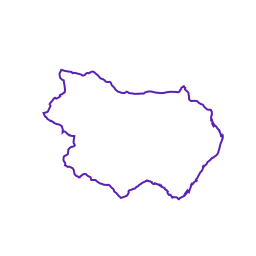 Sieu, Maramures, Romania (orthographic projection), rotated 44°
{"feature_id": "2599482B22819283509287", "entity_name": "Sieu", "entity_type": "district", "adm_level": 2, "iso_a3": "ROU", "parent_name": "Romania", "parent_adm1": "Maramures", "projection": "orthographic", "projection_center": [24.196, 47.709], "detail": "fine", "context": "isolated", "style": "outline", "palette": "violet", "viewbox_px": 256, "rotation_deg": 44, "n_neighbors": 0, "source": "geoboundaries", "source_scale": "gbopen_adm2", "svg_char_len": 5773}
<svg xmlns="http://www.w3.org/2000/svg" viewBox="0 0 256 256"><g transform="rotate(44 128 128)"><path d="M108.6,198.6L110.0,198.1L111.5,198.0L112.6,196.6L113.2,196.3L115.5,195.6L116.3,195.4L118.7,196.2L120.1,197.3L121.1,198.0L121.8,198.3L124.1,198.4L125.4,197.8L127.1,197.6L127.6,197.0L127.3,195.9L127.6,194.9L127.5,194.7L128.0,192.1L128.4,191.6L129.7,190.4L131.7,190.5L133.4,190.1L135.3,189.4L137.4,190.7L137.9,190.8L138.6,190.0L139.8,189.0L140.0,188.6L140.8,188.0L142.6,188.0L145.6,187.5L146.9,187.1L148.1,186.2L150.0,185.6L151.1,184.6L152.3,183.9L153.0,182.8L153.3,182.6L153.7,182.3L154.2,182.2L155.6,182.1L157.2,182.4L159.5,182.1L160.0,182.2L161.1,182.5L161.5,182.9L161.9,183.1L162.8,183.2L164.8,182.9L166.6,183.0L168.1,183.3L170.1,183.2L171.4,183.3L173.4,179.4L174.1,177.8L174.3,177.2L174.0,176.2L173.8,175.1L173.4,174.0L172.8,173.7L172.2,172.8L172.1,172.3L173.3,170.2L174.0,168.2L174.9,167.0L175.1,166.3L175.0,164.2L175.5,163.6L175.7,162.3L175.5,161.1L176.1,159.7L176.4,157.4L177.0,155.8L177.5,154.7L177.6,154.0L177.9,153.3L178.0,152.7L178.6,152.8L179.2,151.9L179.4,151.8L180.4,151.6L180.9,151.0L181.5,150.9L182.6,150.4L182.8,150.4L183.1,150.7L183.4,150.9L184.5,150.8L185.1,150.6L185.3,150.6L186.0,149.7L186.0,149.4L185.8,149.0L186.4,148.8L186.8,148.8L187.2,148.4L187.5,148.2L188.2,148.1L189.2,147.7L189.4,147.2L190.0,146.8L190.3,147.2L190.6,147.4L191.1,147.2L191.5,147.0L192.0,147.0L191.8,146.6L191.8,146.4L193.4,146.7L196.1,145.8L196.5,146.1L197.4,146.4L198.7,145.9L200.7,146.1L200.7,146.5L201.1,146.9L201.6,147.1L201.9,147.3L203.3,147.7L203.9,147.7L204.2,147.5L204.4,146.8L205.4,146.6L207.3,147.1L208.0,147.4L208.3,147.3L208.4,147.1L208.5,146.2L208.8,146.1L209.8,145.3L210.5,144.5L211.3,144.1L211.7,144.0L213.6,144.1L214.1,143.9L213.9,142.6L215.3,138.8L215.6,137.8L215.7,137.1L215.5,134.6L214.8,136.0L214.7,135.7L214.4,133.9L214.1,131.4L214.9,131.5L215.9,131.9L216.4,131.9L214.5,127.9L214.0,126.5L212.7,124.8L212.6,123.6L213.5,123.6L213.2,120.6L213.5,119.3L213.8,118.7L214.0,118.7L214.1,118.2L212.7,117.9L212.7,116.2L212.1,114.3L210.7,109.1L210.9,108.3L210.9,107.7L210.5,106.4L209.9,105.0L209.0,104.0L209.3,103.8L208.7,102.8L209.4,102.6L209.4,101.3L209.6,99.9L209.4,98.9L208.9,97.6L209.0,96.2L209.2,94.9L209.4,93.5L209.3,92.6L209.2,91.9L209.6,90.8L209.4,90.7L210.0,89.6L210.0,88.5L210.3,87.7L210.4,86.8L210.5,85.6L210.3,84.1L209.9,82.8L209.3,82.0L207.8,79.0L207.5,78.6L207.3,78.0L207.1,77.8L205.8,75.7L205.3,74.7L205.0,73.7L203.6,70.3L203.3,70.0L202.9,69.1L202.4,68.6L202.5,69.2L201.5,68.1L200.7,69.0L200.1,67.8L199.6,68.5L198.6,67.9L196.2,66.9L196.3,66.8L195.2,66.1L194.9,66.1L194.6,66.4L192.9,66.1L191.6,66.1L191.3,65.8L191.0,65.8L190.5,65.6L190.2,65.7L189.8,65.9L189.5,65.9L189.3,66.0L188.7,65.8L188.4,66.1L188.1,66.0L188.4,66.8L188.4,67.3L187.6,67.1L187.4,66.7L186.9,66.7L187.1,66.2L186.7,66.0L185.7,65.7L185.6,65.9L185.5,66.3L185.4,66.3L185.2,65.9L185.4,65.2L184.7,65.0L183.8,64.5L183.2,64.7L183.1,64.3L182.9,64.1L182.3,64.4L182.1,63.6L181.6,63.8L180.7,63.1L180.2,62.5L179.5,61.2L179.1,60.0L178.5,59.8L178.2,59.4L177.8,58.8L177.1,58.1L176.5,57.9L175.7,57.8L175.2,57.4L174.7,57.6L173.8,58.3L173.2,59.0L172.3,59.6L171.9,59.7L168.2,59.8L166.6,59.4L165.8,59.3L164.7,59.6L163.7,60.2L161.9,60.6L159.0,60.7L156.8,62.3L156.2,63.1L154.8,64.6L153.0,65.1L152.0,64.6L151.6,64.6L151.4,64.5L150.9,64.1L150.5,63.4L150.1,62.9L148.6,62.1L147.9,61.3L146.9,60.7L146.1,60.6L142.2,60.6L141.9,60.4L141.4,59.4L140.0,59.5L139.5,59.4L139.1,59.2L139.0,59.6L139.0,60.3L138.6,61.3L138.5,61.9L138.6,62.3L139.1,63.0L139.1,64.1L139.7,65.8L139.7,66.2L139.4,66.8L139.2,67.6L138.2,68.2L137.1,69.1L136.3,69.7L135.8,70.4L135.3,70.7L133.3,72.5L130.6,75.9L130.1,76.9L129.1,78.3L128.0,79.5L126.8,80.6L125.9,81.2L123.7,83.0L121.5,84.4L119.8,85.3L117.8,87.0L117.1,87.9L116.4,89.2L115.8,90.1L115.5,90.8L115.5,92.0L115.3,92.5L114.2,93.4L113.4,94.2L112.0,95.9L109.7,98.2L108.5,99.3L107.1,100.1L105.2,101.7L104.4,102.1L103.8,102.3L102.4,102.4L101.9,102.8L101.7,103.1L101.5,104.6L101.1,105.3L98.8,107.3L96.9,108.0L95.6,108.8L92.1,109.1L91.2,108.7L89.7,108.5L86.7,108.5L83.9,107.3L83.2,107.3L82.8,107.5L81.9,108.6L81.0,109.4L79.6,110.2L78.2,109.9L76.3,110.2L75.5,110.6L74.9,111.0L73.5,111.4L69.4,111.0L67.0,111.3L65.1,111.3L63.8,111.7L63.2,112.1L62.4,113.5L62.1,115.1L61.7,116.0L61.0,116.2L60.5,116.7L60.2,117.3L60.0,118.6L60.1,119.7L60.0,120.2L59.6,121.0L59.0,121.8L58.5,122.0L57.7,121.9L55.6,122.9L52.7,124.6L51.5,125.2L51.0,125.7L50.5,126.4L50.3,126.9L49.3,127.1L48.9,126.9L48.5,126.9L43.3,130.6L39.6,132.5L39.9,133.0L40.8,136.3L41.6,137.1L43.5,138.5L44.5,139.0L46.9,139.0L47.4,138.9L48.6,138.4L50.9,140.2L52.7,141.4L54.4,142.8L56.6,144.7L57.0,145.6L57.6,146.0L57.7,146.4L57.5,147.2L57.2,148.0L57.2,149.1L56.9,149.9L56.4,150.8L56.2,151.4L56.3,151.9L57.2,152.3L57.2,152.5L57.1,153.4L56.7,154.8L56.1,156.6L55.9,156.8L55.7,156.9L54.7,156.8L54.4,157.1L54.3,157.4L54.3,158.6L54.3,159.7L54.6,160.6L54.8,164.5L55.0,165.2L55.2,165.4L56.6,165.8L57.0,166.1L58.4,170.4L58.9,171.9L58.7,172.8L58.0,174.2L56.8,175.8L58.3,176.6L60.3,177.3L61.1,177.3L62.0,177.0L62.7,177.1L63.5,177.5L65.8,177.0L67.2,176.9L67.6,176.6L67.9,176.1L69.4,176.0L70.0,175.6L70.4,175.6L70.9,175.8L72.3,175.4L72.9,175.0L74.0,174.8L75.3,173.7L76.3,173.3L78.8,172.7L79.7,173.0L80.1,173.3L82.1,174.3L84.0,176.6L84.1,175.1L84.5,174.7L85.4,174.3L87.2,174.2L88.6,174.4L90.0,174.0L90.5,173.7L90.8,174.1L93.0,172.8L95.0,171.1L95.9,172.4L98.4,175.7L99.1,176.4L99.7,176.7L101.1,177.0L101.8,177.5L101.9,178.2L101.8,178.6L101.2,179.8L100.7,180.4L100.1,181.9L100.0,182.5L100.0,183.9L100.0,184.8L100.1,185.0L100.9,185.9L101.4,186.7L102.1,187.7L102.7,188.3L102.8,188.5L102.7,190.0L101.8,192.1L101.7,192.8L101.8,193.3L103.4,195.5L103.9,195.9L105.4,196.6L106.3,196.5L107.4,197.0L107.9,197.5L108.6,198.6Z" fill="none" stroke="#5b21b6" stroke-width="2"/></g></svg>